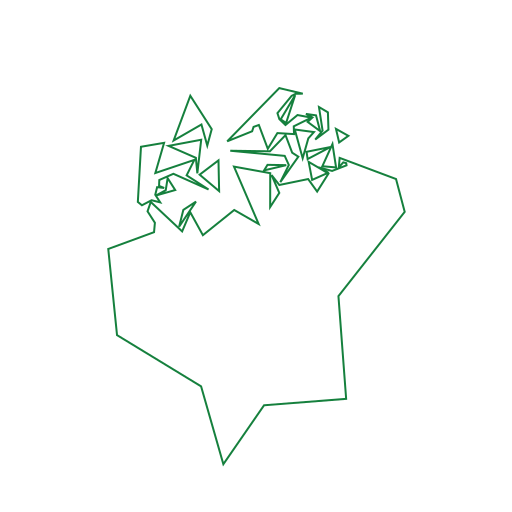 San Lorenzo, Valle, Honduras (orthographic projection), rotated 154°
{"feature_id": "27666195B73827570061080", "entity_name": "San Lorenzo", "entity_type": "district", "adm_level": 2, "iso_a3": "HND", "parent_name": "Honduras", "parent_adm1": "Valle", "projection": "orthographic", "projection_center": [-87.426, 13.441], "detail": "medium", "context": "isolated", "style": "outline", "palette": "green", "viewbox_px": 512, "rotation_deg": 154, "n_neighbors": 0, "source": "geoboundaries", "source_scale": "gbopen_adm2", "svg_char_len": 1943}
<svg xmlns="http://www.w3.org/2000/svg" viewBox="0 0 512 512"><g transform="rotate(154 256 256)"><path d="M376.6,83.2L314.2,118.3L237.6,88.1L199.5,183.8L103.0,230.5L96.4,263.8L137.8,307.5L142.7,299.4L136.5,301.9L134.2,299.9L134.9,297.8L150.3,299.1L159.0,306.6L158.6,304.7L154.8,299.8L154.6,298.4L172.8,287.1L175.4,302.3L203.9,309.6L206.5,321.9L207.4,302.5L221.8,293.8L206.9,324.2L236.6,346.0L239.6,283.6L255.4,306.9L294.6,298.0L295.9,324.1L311.6,310.5L326.9,350.7L333.9,343.7L332.3,330.2L337.2,322.1L385.7,327.1L415.6,245.8L362.5,162.9L376.6,83.2ZM294.2,366.1L269.5,336.6L283.0,358.9L269.3,369.4L310.1,374.7L289.0,398.0L311.5,404.6L338.5,356.4L336.3,351.6L325.4,351.9L318.6,346.2L319.7,355.2L314.7,361.2L308.7,357.4L312.4,361.5L309.6,366.7L294.2,366.1ZM165.2,356.0L145.6,356.1L156.9,364.5L172.1,360.8L175.0,368.8L174.1,375.0L153.8,384.3L149.2,384.4L142.8,381.4L161.5,396.7L231.6,371.7L204.8,369.8L201.6,373.1L196.0,372.5L198.4,347.2L182.9,357.1L168.4,348.9L165.2,356.0ZM174.4,326.7L178.2,333.0L176.5,351.7L197.6,344.0L233.0,361.9L186.3,333.4L186.6,323.4L201.8,311.7L174.4,326.7ZM240.2,389.4L244.8,428.8L279.4,395.9L247.4,398.1L251.4,376.6L240.2,389.4ZM272.5,356.0L254.3,384.5L286.3,393.3L267.0,370.6L272.5,356.0ZM247.8,358.4L271.0,353.8L260.7,330.5L247.8,358.4ZM170.6,362.4L150.3,383.4L173.9,368.0L170.6,362.4ZM171.2,323.4L157.4,338.8L149.6,342.0L165.7,352.7L171.2,323.4ZM299.7,350.7L301.3,364.7L308.3,354.7L319.3,354.2L299.7,350.7ZM135.5,337.8L128.4,353.6L134.1,362.3L141.2,339.5L151.7,334.7L135.5,337.8ZM145.2,300.5L138.2,323.1L157.0,307.6L145.2,300.5ZM141.3,321.3L164.9,327.5L167.1,320.5L141.3,321.3ZM159.8,306.1L167.4,317.5L172.2,299.8L155.3,299.2L159.8,306.1ZM301.1,329.3L312.2,316.1L286.1,331.2L301.1,329.3ZM189.0,324.4L205.7,332.9L211.2,329.4L189.0,324.4ZM140.4,356.1L148.8,361.8L144.5,355.8L150.8,353.9L143.6,340.1L140.4,356.1ZM120.3,323.5L128.4,335.2L131.5,321.6L120.3,323.5Z" fill="none" stroke="#15803d" stroke-width="2"/></g></svg>